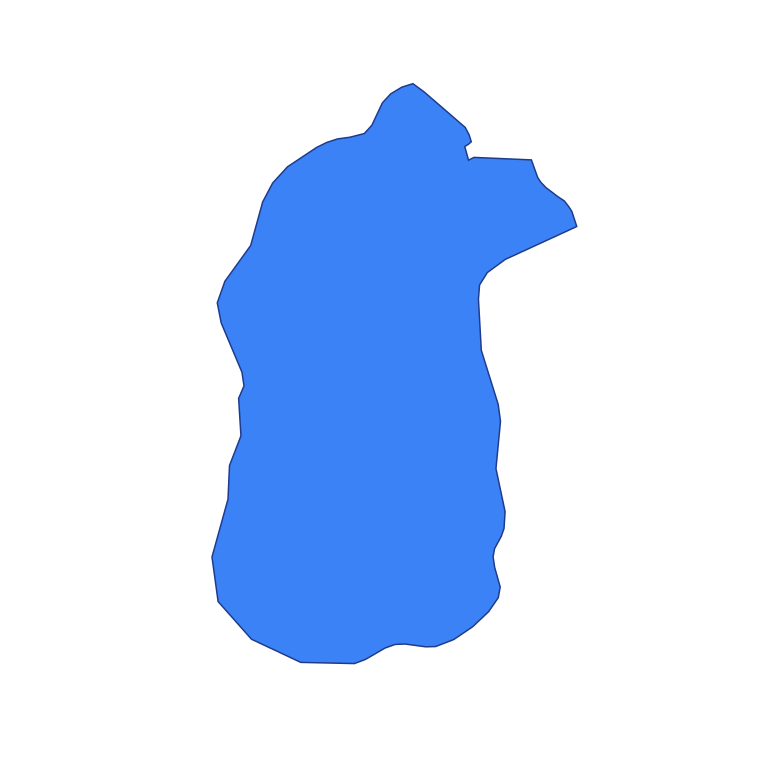 map outline of Upper River (Equal Earth projection), rotated 112°
{"feature_id": "GMB-2152", "entity_name": "Upper River", "entity_type": "Division", "adm_level": 1, "iso_a3": "GMB", "parent_name": "Gambia", "parent_adm1": "", "projection": "equal_earth", "projection_center": [-14.24, 13.404], "detail": "fine", "context": "isolated", "style": "filled", "palette": "blue", "viewbox_px": 768, "rotation_deg": 112, "n_neighbors": 0, "source": "natural_earth", "source_scale": "10m", "svg_char_len": 1045}
<svg xmlns="http://www.w3.org/2000/svg" viewBox="0 0 768 768"><g transform="rotate(112 384 384)"><path d="M165.8,264.3L223.0,318.2L241.9,329.9L256.3,332.5L270.0,328.2L316.3,306.4L360.1,270.5L375.0,262.0L420.5,248.5L457.0,223.9L473.0,218.6L481.5,218.2L495.2,219.8L503.4,218.1L512.7,212.6L528.7,200.2L539.3,198.0L555.9,201.7L575.9,210.9L594.8,223.6L608.1,237.8L612.1,247.0L617.2,267.1L621.3,276.1L622.9,277.9L628.5,284.2L646.4,298.1L654.3,306.7L673.3,356.9L670.3,411.2L647.9,456.3L608.8,478.7L549.2,485.5L517.5,496.7L485.7,497.2L451.8,513.4L438.2,513.1L426.3,520.1L388.4,557.8L371.2,569.0L348.4,570.0L305.5,559.5L260.6,564.7L239.3,562.5L218.7,554.8L189.9,535.1L181.5,527.6L174.1,518.8L168.0,508.1L159.2,496.1L148.7,492.2L123.9,490.8L112.5,486.5L102.0,478.6L94.7,469.7L98.2,456.1L115.7,404.8L121.1,398.4L126.7,393.8L130.3,395.6L133.5,398.1L144.8,389.5L140.2,385.5L121.0,331.3L134.8,319.0L138.1,314.4L141.2,307.5L145.1,293.3L146.7,285.4L150.5,278.9L153.6,274.5L165.7,264.3L165.8,264.3Z" fill="#3b82f6" stroke="#1e3a8a" stroke-width="1.5"/></g></svg>